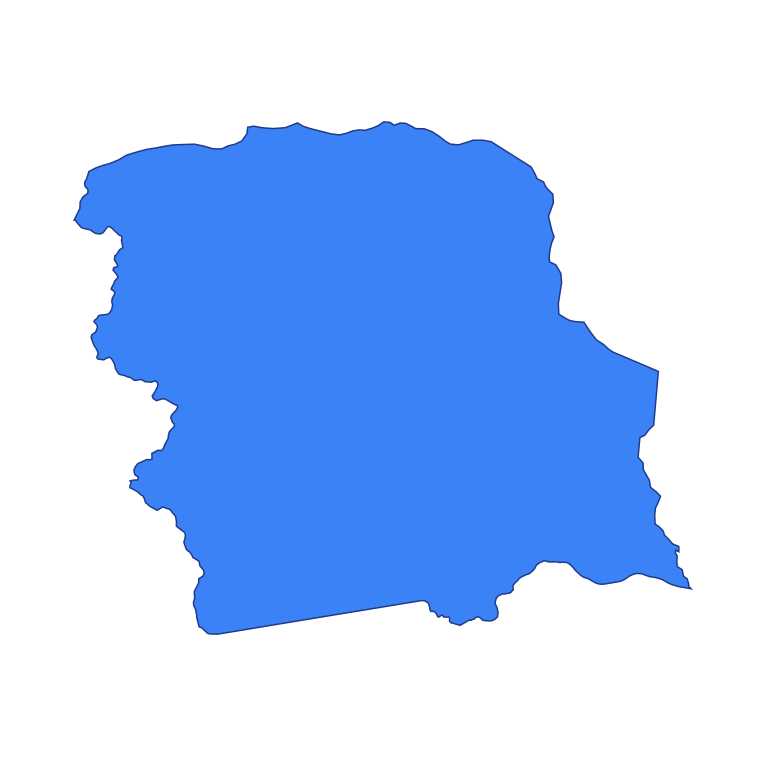 outline of Wapenamanda District, Enga, Papua New Guinea, rotated 94°
{"feature_id": "67681753B41439794831053", "entity_name": "Wapenamanda District", "entity_type": "district", "adm_level": 2, "iso_a3": "PNG", "parent_name": "Papua New Guinea", "parent_adm1": "Enga", "projection": "robinson", "projection_center": [143.904, -5.661], "detail": "fine", "context": "isolated", "style": "filled", "palette": "blue", "viewbox_px": 768, "rotation_deg": 94, "n_neighbors": 0, "source": "geoboundaries", "source_scale": "gbopen_adm2", "svg_char_len": 5187}
<svg xmlns="http://www.w3.org/2000/svg" viewBox="0 0 768 768"><g transform="rotate(94 384 384)"><path d="M242.1,704.5L242.0,703.4L245.9,700.1L249.2,696.5L249.9,693.3L250.7,687.9L253.8,682.6L254.2,677.8L252.7,674.8L248.7,672.2L246.2,670.6L246.3,667.9L254.0,658.5L254.5,656.6L255.4,655.5L259.0,655.9L266.2,654.0L268.5,657.1L273.4,659.7L274.9,661.5L275.7,661.4L278.9,661.6L284.2,657.9L285.7,658.4L286.8,661.7L289.4,662.2L291.5,660.0L293.8,658.0L296.0,656.8L297.9,658.0L300.1,659.9L302.8,660.5L306.3,662.2L308.4,662.8L309.5,661.2L310.7,659.2L313.1,659.0L317.2,661.0L320.8,661.3L324.3,660.2L328.8,660.9L332.6,663.0L333.8,664.8L335.2,672.2L336.3,673.9L338.6,674.7L340.3,676.9L342.0,677.7L343.8,675.8L345.3,674.4L347.7,673.8L352.5,675.3L355.1,678.8L358.1,679.4L361.1,678.1L365.9,675.8L369.6,673.0L372.2,671.7L374.1,671.3L377.3,672.4L378.9,671.5L379.4,667.1L379.4,665.3L376.4,660.3L377.3,658.0L381.6,654.9L383.8,653.9L387.4,652.9L390.6,650.9L392.8,648.8L393.6,643.7L394.8,640.3L395.1,637.6L396.4,635.5L397.8,633.1L397.3,629.9L396.4,627.1L397.3,624.5L398.4,622.4L398.4,616.0L397.0,613.0L397.1,611.5L398.8,609.9L401.4,609.4L407.4,611.8L412.2,614.4L414.7,613.1L416.5,609.8L414.5,604.8L414.1,601.8L415.4,598.9L418.6,592.4L419.7,589.2L420.7,588.1L423.9,589.1L429.7,593.6L432.6,594.4L436.9,592.4L438.4,590.6L440.7,590.1L446.3,594.6L449.0,595.4L453.6,595.6L458.4,597.9L464.5,600.0L466.1,601.7L465.8,604.9L469.4,610.7L475.0,610.2L476.0,612.3L475.8,615.2L480.6,624.0L483.6,626.1L487.0,627.4L490.0,626.9L492.2,625.7L493.8,622.8L495.7,622.6L497.0,623.4L497.3,627.0L498.4,630.6L500.4,629.3L503.5,630.4L505.1,630.3L507.2,625.3L508.9,622.1L511.2,619.2L512.6,616.6L515.4,614.9L518.9,613.6L522.5,608.7L525.8,601.5L522.2,596.4L522.3,595.2L524.3,588.5L527.0,586.2L530.5,582.7L535.4,581.5L540.3,581.2L544.0,575.8L546.0,572.6L548.1,571.6L552.0,571.7L555.3,572.6L556.3,572.4L561.9,570.1L563.6,568.7L565.3,566.0L568.1,563.7L570.4,562.6L573.7,556.1L578.2,555.0L582.3,551.0L585.4,550.2L588.2,551.2L589.9,553.4L591.2,555.1L595.7,555.1L604.3,558.8L610.9,557.9L615.5,558.9L618.7,558.2L621.8,556.3L627.7,554.7L630.1,554.5L639.1,551.5L640.0,548.7L645.0,542.6L645.5,540.2L645.1,532.3L621.6,433.5L597.7,332.6L597.3,331.3L597.4,330.5L597.4,330.0L597.5,328.9L597.6,327.9L598.0,327.2L598.4,326.3L598.9,325.4L599.9,324.4L601.2,323.6L605.6,322.4L606.5,322.3L607.6,321.3L607.5,320.3L607.5,318.5L607.8,317.3L608.9,316.3L611.1,314.9L611.9,314.5L612.7,313.6L612.4,312.7L610.4,310.2L611.1,308.9L612.3,308.2L612.3,306.9L612.1,304.7L612.0,303.1L612.9,302.2L613.8,302.1L615.4,302.2L616.5,301.9L616.9,300.8L617.9,300.0L617.5,298.5L617.9,297.7L618.2,297.0L619.4,291.5L619.4,291.2L618.4,289.7L615.4,285.2L614.3,284.0L613.6,282.0L613.5,280.4L612.8,279.7L612.5,278.1L611.4,276.9L611.1,276.9L609.7,275.0L610.0,273.0L610.6,271.4L612.0,270.2L612.7,269.0L613.0,267.9L613.0,262.0L612.6,260.0L611.5,257.6L608.5,254.6L604.0,254.3L599.3,255.6L595.3,257.8L593.8,257.9L590.4,257.2L588.3,256.1L587.2,254.9L585.1,251.0L585.1,249.4L583.6,243.5L582.6,242.6L580.2,240.7L577.1,241.3L575.3,240.9L573.2,239.4L570.4,236.7L569.0,235.9L567.2,234.0L564.3,228.9L563.2,226.0L560.3,222.9L557.5,220.8L555.9,220.1L553.9,219.2L552.8,218.1L552.8,217.7L552.4,217.3L552.1,217.3L551.7,216.9L549.3,212.2L549.2,210.3L549.9,208.3L549.8,203.2L549.5,202.8L549.4,198.1L549.8,197.7L549.7,195.3L549.4,194.9L549.3,189.0L551.0,185.8L554.1,182.2L556.1,180.6L561.3,174.2L562.6,171.9L564.3,165.9L567.3,160.0L568.3,156.8L568.6,154.0L568.2,150.1L564.9,136.4L563.5,132.5L561.7,129.8L558.6,125.9L556.4,122.0L555.3,118.5L555.3,114.1L557.6,105.8L558.2,99.1L559.5,93.2L562.9,86.0L563.9,83.3L565.5,76.2L566.8,63.5L564.9,65.7L561.9,66.2L557.2,68.0L555.0,71.7L548.5,73.6L545.7,78.7L540.9,79.5L535.2,79.5L531.9,81.6L529.4,81.3L530.8,78.2L525.5,78.6L523.5,84.7L518.8,89.5L515.3,93.6L510.9,95.4L507.2,99.7L504.8,103.8L496.1,104.8L489.0,104.6L483.3,102.4L476.7,100.3L472.5,105.0L468.6,110.8L461.2,112.7L456.4,116.0L451.5,119.3L444.8,120.0L439.5,125.4L419.7,125.0L416.7,120.0L411.4,116.8L406.2,112.1L352.3,111.2L336.1,158.0L333.5,162.5L329.3,167.7L325.2,175.2L317.6,181.9L308.4,188.9L308.4,198.7L307.3,204.4L302.3,214.4L291.7,215.7L270.2,213.9L261.2,215.4L253.1,221.0L250.7,227.3L246.5,228.1L241.5,227.9L237.2,227.6L231.5,226.6L225.3,224.6L219.7,227.1L216.2,228.2L205.3,231.6L191.4,227.7L182.8,228.9L178.5,234.0L175.3,236.9L171.4,238.8L168.5,245.7L163.4,248.3L157.2,252.4L134.8,294.1L133.9,302.8L134.6,312.0L137.5,319.1L140.2,326.3L140.1,334.4L137.7,339.4L132.8,346.7L129.0,353.6L126.6,361.5L127.0,370.4L125.5,373.5L122.5,380.3L122.5,385.9L125.2,392.0L122.6,396.1L122.5,402.5L126.6,407.7L129.3,412.8L132.2,420.4L132.3,426.8L133.8,433.2L136.5,438.8L138.6,445.8L138.2,454.2L136.9,461.1L135.6,468.6L134.2,476.0L132.5,482.7L129.6,488.5L135.2,500.3L136.9,512.2L136.9,523.0L135.9,532.0L137.4,537.9L144.0,538.2L151.5,542.8L155.4,549.8L157.2,555.8L160.8,562.3L161.3,570.8L159.1,581.0L158.0,590.2L159.4,603.7L160.3,611.5L162.1,619.4L164.4,627.9L166.6,637.5L170.0,647.2L173.6,656.7L179.0,664.5L183.1,672.8L185.7,680.0L188.6,686.6L192.6,693.2L199.8,694.9L203.8,696.7L207.5,696.1L210.9,692.7L214.4,692.8L218.3,697.3L223.6,699.8L230.0,699.6L242.1,704.5Z" fill="#3b82f6" stroke="#1e3a8a" stroke-width="1.5"/></g></svg>